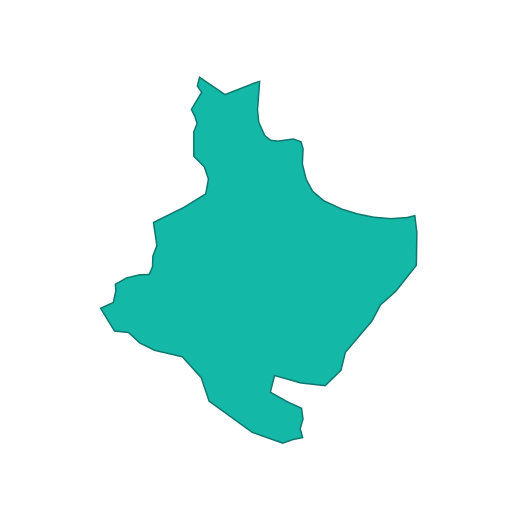 SVG path tracing the border of Ngozi, rotated 74°
{"feature_id": "BDI-2642", "entity_name": "Ngozi", "entity_type": "Province", "adm_level": 1, "iso_a3": "BDI", "parent_name": "Burundi", "parent_adm1": "", "projection": "robinson", "projection_center": [29.883, -2.862], "detail": "fine", "context": "isolated", "style": "filled", "palette": "teal", "viewbox_px": 512, "rotation_deg": 74, "n_neighbors": 0, "source": "natural_earth", "source_scale": "10m", "svg_char_len": 1013}
<svg xmlns="http://www.w3.org/2000/svg" viewBox="0 0 512 512"><g transform="rotate(74 256 256)"><path d="M196.3,186.6L209.3,183.8L221.5,175.7L234.6,160.6L243.2,147.4L251.1,132.3L257.2,116.4L260.7,100.3L261.0,92.2L277.8,94.9L309.1,104.4L328.4,131.3L337.2,149.7L350.4,162.4L373.2,196.6L389.3,205.9L399.7,225.3L390.3,248.1L376.0,271.1L390.9,279.8L405.7,265.1L414.9,254.2L425.8,255.8L434.1,261.1L443.4,261.2L442.6,271.5L443.3,281.9L424.5,308.2L382.6,341.1L357.9,342.2L332.6,354.6L318.7,379.5L307.6,391.7L294.4,399.6L289.1,412.7L263.4,419.8L261.4,406.0L250.6,400.2L244.4,399.0L241.4,386.5L242.0,373.3L244.3,363.7L237.7,358.4L227.7,355.2L218.7,348.4L195.5,345.3L189.4,312.0L182.4,287.2L168.9,280.5L156.1,281.1L143.0,288.3L119.5,281.6L112.5,276.1L105.0,276.3L97.3,277.7L83.6,263.1L76.4,265.5L68.6,261.0L92.3,241.3L89.2,208.8L89.2,204.4L116.0,214.3L128.2,216.5L142.6,214.4L148.8,210.1L151.6,203.3L153.8,188.0L158.6,181.2L165.9,181.2L180.3,186.1L196.3,186.6Z" fill="#14b8a6" stroke="#0f766e" stroke-width="1.5"/></g></svg>